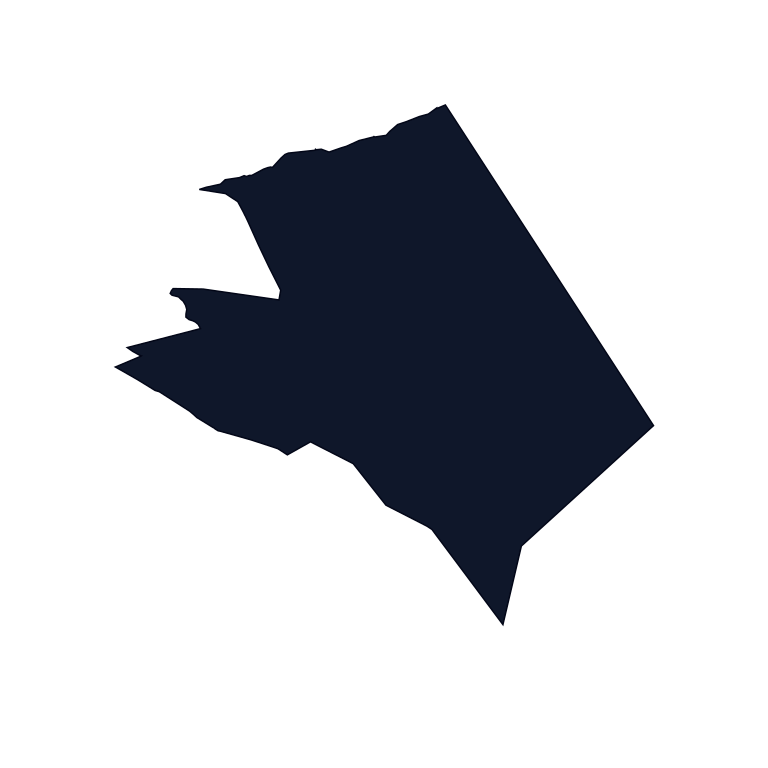 outline of Mártires de Tacubaya, Oaxaca, Mexico, rotated 235°
{"feature_id": "50627088B73077765096958", "entity_name": "Mártires de Tacubaya", "entity_type": "district", "adm_level": 2, "iso_a3": "MEX", "parent_name": "Mexico", "parent_adm1": "Oaxaca", "projection": "mercator", "projection_center": [-98.212, 16.55], "detail": "fine", "context": "isolated", "style": "filled", "palette": "ink", "viewbox_px": 768, "rotation_deg": 235, "n_neighbors": 0, "source": "geoboundaries", "source_scale": "gbopen_adm2", "svg_char_len": 1419}
<svg xmlns="http://www.w3.org/2000/svg" viewBox="0 0 768 768"><g transform="rotate(235 384 384)"><path d="M118.7,343.4L172.5,403.6L194.9,577.4L195.3,580.9L577.4,594.3L579.3,585.5L579.9,585.7L579.7,575.1L582.8,566.4L586.3,552.0L588.7,544.0L587.6,533.6L586.4,528.5L591.6,518.1L592.5,517.7L592.4,517.1L597.7,503.3L600.3,489.4L602.0,484.3L605.5,472.0L612.3,467.3L614.8,462.8L615.6,462.5L615.0,461.6L628.0,438.1L628.8,434.6L628.2,429.5L625.4,416.9L626.8,415.5L627.9,412.9L629.1,408.5L630.7,395.3L632.1,393.3L632.8,390.5L633.8,389.7L634.6,389.1L634.9,388.9L635.1,387.8L636.0,383.9L642.4,371.1L641.5,364.6L647.1,351.3L649.3,344.3L630.9,363.4L627.6,364.7L623.8,366.2L617.3,368.8L611.9,368.2L605.5,367.4L601.8,366.8L601.3,366.8L595.4,365.8L569.7,360.9L545.9,356.9L520.1,353.2L513.1,346.2L565.5,290.3L583.1,266.0L582.4,263.5L580.8,260.8L578.3,261.3L576.0,263.3L573.2,265.7L569.7,266.3L567.0,267.0L562.3,266.6L558.2,265.2L555.0,262.0L552.4,260.1L548.5,261.3L545.4,263.7L542.9,265.1L539.4,266.0L534.6,265.5L561.1,194.6L554.8,196.9L547.4,200.5L546.2,201.4L546.2,200.8L552.0,173.7L547.0,176.1L529.0,184.6L510.0,192.8L506.6,195.5L473.3,209.2L468.4,210.5L463.8,211.5L446.3,219.1L445.4,219.6L444.1,219.9L440.8,221.3L439.6,222.5L414.3,243.2L395.8,257.1L391.8,260.0L381.4,264.2L378.8,290.6L336.4,313.1L283.6,316.1L243.0,337.6L237.3,339.9L232.4,340.0L166.6,342.0L118.7,343.4Z" fill="#0f172a" stroke="#020617" stroke-width="1.5"/></g></svg>